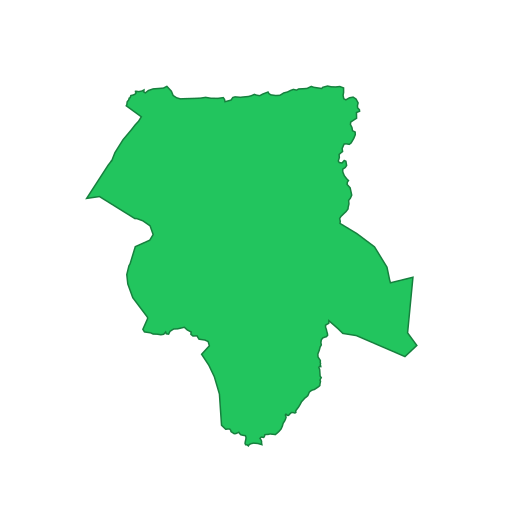 Kwaya Kusar, Borno, Nigeria, rotated 195°
{"feature_id": "59680162B43497988326934", "entity_name": "Kwaya Kusar", "entity_type": "district", "adm_level": 2, "iso_a3": "NGA", "parent_name": "Nigeria", "parent_adm1": "Borno", "projection": "orthographic", "projection_center": [11.874, 10.484], "detail": "fine", "context": "isolated", "style": "filled", "palette": "green", "viewbox_px": 512, "rotation_deg": 195, "n_neighbors": 0, "source": "geoboundaries", "source_scale": "gbopen_adm2", "svg_char_len": 3957}
<svg xmlns="http://www.w3.org/2000/svg" viewBox="0 0 512 512"><g transform="rotate(195 256 256)"><path d="M214.2,70.6L213.9,71.8L212.6,73.2L210.0,74.6L205.6,75.4L201.5,75.3L202.2,76.7L202.7,78.5L203.4,79.5L205.0,80.9L204.0,82.5L201.7,82.7L201.2,83.7L201.2,85.6L199.8,86.3L198.1,86.8L196.3,87.8L194.5,88.0L192.9,88.3L191.1,88.5L189.6,90.6L188.4,92.5L187.0,95.4L186.5,98.6L186.5,101.4L185.7,103.8L185.3,105.9L185.2,108.0L186.5,110.1L186.1,111.0L184.4,110.2L183.3,110.5L182.3,112.4L181.2,114.0L179.5,114.4L177.8,114.4L177.0,115.2L177.6,116.7L176.7,118.9L175.7,121.4L174.9,124.3L174.3,127.0L173.5,128.5L172.1,131.3L171.0,132.7L169.8,134.5L169.5,136.5L169.3,138.3L168.2,139.8L166.9,141.1L165.0,142.2L163.5,143.9L162.5,145.0L161.6,146.1L160.8,147.4L161.1,148.8L161.2,150.7L161.3,151.8L162.0,152.4L162.0,153.6L161.5,155.4L163.0,156.6L165.1,162.8L166.5,164.7L166.1,165.7L164.8,165.9L165.0,166.5L165.7,167.3L165.9,169.1L166.6,170.1L166.6,171.3L167.3,172.2L168.4,173.1L170.0,174.6L170.9,177.3L170.5,181.3L170.5,184.8L169.9,187.0L170.9,189.1L171.2,191.8L170.4,194.0L168.6,195.4L167.2,196.2L166.3,197.9L166.8,199.3L167.7,200.8L168.4,202.0L168.8,202.9L169.4,203.8L170.3,205.1L170.9,207.1L169.9,208.3L168.3,209.8L168.9,212.4L158.1,207.1L152.1,203.7L138.5,205.1L86.1,197.4L77.5,211.2L89.7,221.0L98.9,276.1L119.2,264.9L120.6,267.2L126.6,279.1L143.9,295.5L164.3,303.7L183.3,309.2L183.6,311.3L184.9,313.8L184.2,316.2L181.8,320.2L180.6,322.1L179.3,325.3L179.6,326.7L179.7,330.4L180.9,333.6L179.8,336.3L179.3,339.6L181.0,342.9L182.7,346.2L186.5,348.7L186.9,351.0L186.2,352.8L188.2,353.9L191.5,356.4L193.9,359.6L194.7,362.3L192.7,364.6L191.9,366.9L193.7,370.8L195.5,371.1L197.0,368.1L199.7,367.8L201.1,369.0L201.0,372.7L202.0,375.6L201.0,377.2L199.4,379.3L200.6,382.1L199.9,386.9L197.9,387.7L194.8,388.0L193.4,389.8L192.0,394.8L191.5,398.8L192.3,401.4L195.2,402.0L196.6,405.0L198.8,407.4L199.2,409.8L196.9,412.5L194.5,415.1L196.1,420.6L193.4,422.6L194.0,424.1L196.1,425.3L196.9,427.3L197.0,430.3L200.0,433.5L203.3,434.6L206.7,433.0L209.6,430.1L211.9,430.6L213.5,433.8L213.7,436.6L214.9,441.0L218.9,441.4L222.8,439.9L227.1,438.9L230.9,438.7L235.2,436.2L235.9,434.8L243.9,433.9L246.5,434.1L250.0,431.1L253.1,430.0L258.0,428.4L259.8,426.7L263.0,426.6L265.4,424.9L268.0,422.6L271.4,420.7L274.5,417.4L278.5,416.1L283.4,415.5L285.6,416.2L286.8,417.5L291.5,414.1L293.9,411.8L297.2,411.5L299.4,411.7L302.0,409.6L304.6,408.1L310.0,406.1L311.7,405.4L311.8,405.3L317.4,404.3L319.4,403.1L320.5,400.1L325.9,397.0L326.9,399.1L328.6,400.5L333.6,398.4L340.4,396.7L345.7,396.2L350.5,394.1L355.9,392.4L364.6,389.8L369.8,388.2L373.8,388.3L377.6,389.6L380.4,393.3L386.0,396.8L388.9,394.2L398.6,390.8L402.8,388.0L405.1,384.9L406.8,385.4L407.2,387.4L408.9,385.8L411.9,384.4L413.9,384.2L415.0,383.9L414.9,383.3L414.2,382.9L414.2,381.9L415.0,380.8L416.2,379.8L418.4,378.6L418.5,377.4L418.5,376.4L419.4,375.6L419.3,374.5L419.5,373.4L420.3,371.8L420.2,370.3L419.9,369.1L420.2,367.5L402.8,360.8L404.3,355.8L406.5,351.7L409.2,345.3L414.5,334.0L419.0,319.4L420.0,310.7L420.3,310.6L420.3,310.0L420.6,309.8L420.7,309.3L422.3,305.5L434.5,267.8L422.6,272.9L382.7,260.8L380.8,261.3L374.4,260.7L366.1,257.7L360.9,250.1L362.7,243.8L375.0,233.8L375.6,216.0L376.2,213.6L376.0,204.6L372.6,195.8L364.2,183.8L344.9,168.7L344.5,167.4L346.3,155.9L344.1,153.8L337.9,154.5L335.2,154.0L331.3,154.9L327.5,155.3L324.9,156.5L323.6,159.2L322.5,157.6L320.2,157.9L319.6,160.9L318.2,162.5L316.6,164.2L312.8,165.4L306.8,168.6L303.3,166.8L299.0,165.8L298.6,163.5L296.2,162.4L292.4,163.6L289.5,160.9L283.7,161.6L280.1,161.0L277.8,157.2L283.1,147.0L273.2,138.2L265.0,128.6L255.6,113.2L245.5,83.6L242.4,81.9L241.5,81.4L240.4,80.8L239.6,81.1L239.1,81.4L237.3,81.9L236.5,82.0L235.2,81.0L234.7,79.9L233.2,79.4L231.1,78.7L229.6,79.2L228.2,80.3L227.0,81.3L225.9,80.3L224.4,79.4L221.6,79.5L219.7,79.7L218.6,78.0L218.4,76.4L218.3,74.0L218.1,72.2L217.2,71.0L215.9,71.3L214.2,70.6Z" fill="#22c55e" stroke="#15803d" stroke-width="1.5"/></g></svg>